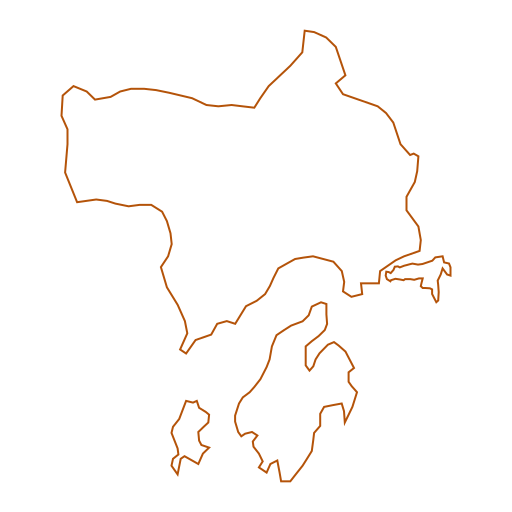 the district of Langkawi, Kedah, Malaysia
{"feature_id": "92858781B39946702986092", "entity_name": "Langkawi", "entity_type": "district", "adm_level": 2, "iso_a3": "MYS", "parent_name": "Malaysia", "parent_adm1": "Kedah", "projection": "robinson", "projection_center": [99.815, 6.325], "detail": "fine", "context": "isolated", "style": "outline", "palette": "amber", "viewbox_px": 512, "rotation_deg": 0, "n_neighbors": 0, "source": "geoboundaries", "source_scale": "gbopen_adm2", "svg_char_len": 2930}
<svg xmlns="http://www.w3.org/2000/svg" viewBox="0 0 512 512"><path d="M377.7,106.3L343.0,94.2L335.8,83.4L345.4,75.3L335.8,46.9L326.2,37.5L314.2,32.1L304.7,30.7L302.3,52.3L290.3,65.8L268.7,86.1L260.3,98.2L254.3,107.7L242.4,106.3L231.6,105.0L218.4,106.3L206.4,105.0L192.1,98.2L169.3,92.8L156.1,90.1L144.2,88.8L131.0,88.8L120.2,91.5L110.6,96.9L95.0,99.6L86.7,91.5L73.5,86.1L62.7,95.5L61.5,115.8L67.5,129.3L67.5,144.2L65.1,172.5L77.1,202.2L96.2,199.5L107.0,200.9L115.4,203.6L128.6,206.3L139.4,204.9L151.3,204.9L162.1,211.7L166.9,221.1L170.5,233.3L171.7,244.1L168.1,256.3L160.9,267.1L166.9,287.3L177.7,304.9L184.9,321.1L187.3,333.3L180.1,349.5L186.1,353.5L195.6,340.0L211.2,334.6L217.2,323.8L226.8,321.1L235.2,323.8L246.0,306.2L256.7,300.8L265.1,294.1L269.9,286.0L273.5,277.9L278.3,268.4L287.9,263.0L295.1,259.0L303.5,257.6L313.0,256.3L333.4,261.7L341.8,271.1L344.2,281.9L343.0,291.4L351.4,296.8L362.2,294.1L361.0,283.3L378.9,283.3L380.1,271.1L395.7,260.3L404.1,256.3L419.6,250.9L420.8,240.1L418.4,226.5L406.5,210.3L406.5,196.8L414.8,182.0L417.2,171.2L418.4,156.3L413.7,153.6L410.1,155.0L400.5,144.2L393.3,122.6L386.1,113.1L377.7,106.3ZM305.7,365.4L305.7,355.9L305.7,346.4L311.8,341.2L318.7,336.0L324.8,330.0L327.1,323.9L326.4,314.4L326.4,304.0L321.0,302.3L311.8,306.6L308.7,315.3L302.6,321.3L291.1,325.6L284.2,330.0L276.5,335.2L271.9,346.4L269.6,359.4L266.6,367.1L260.4,379.2L254.3,387.0L249.7,392.2L242.8,397.4L239.0,403.5L235.1,415.6L235.1,421.6L238.2,432.0L241.3,436.3L245.1,433.7L252.0,432.0L257.4,435.5L252.8,441.5L253.5,446.7L258.9,453.6L262.7,461.4L258.9,467.4L266.6,472.6L270.4,464.0L277.3,460.5L279.6,472.6L281.1,481.3L290.3,481.3L295.7,474.4L302.6,465.7L306.4,459.7L311.8,451.0L313.3,439.8L314.1,432.9L320.2,425.9L320.2,413.8L324.1,406.9L332.5,405.2L341.7,403.5L344.0,411.2L344.8,422.5L347.8,416.4L352.4,406.9L357.0,392.2L351.7,386.2L348.6,381.8L348.6,372.3L354.0,368.0L345.5,351.6L338.6,345.5L334.0,342.1L327.9,344.7L319.5,353.3L315.6,359.4L313.3,366.3L309.5,370.6L305.7,365.4ZM196.8,400.9L193.0,402.6L186.1,400.9L179.2,419.0L173.0,426.8L171.5,432.9L177.6,448.4L178.4,454.5L173.0,458.8L171.5,465.7L177.6,474.4L180.7,458.8L184.5,456.2L190.7,459.7L198.3,464.0L202.9,453.6L209.1,447.6L201.4,445.0L199.1,440.6L198.3,432.0L203.7,426.8L208.3,422.5L209.1,414.7L206.0,412.1L199.1,407.8L196.8,400.9ZM449.0,263.5L444.1,262.4L442.6,256.3L435.3,257.4L432.3,260.7L422.5,264.0L418.0,264.6L412.4,263.6L409.5,264.3L407.0,265.0L404.2,265.7L399.8,267.4L397.9,266.4L394.8,266.7L393.5,269.9L390.7,273.1L388.8,272.1L386.3,271.7L385.7,275.6L386.9,279.1L390.4,281.3L391.0,280.2L395.4,278.8L400.1,279.5L403.6,280.2L405.1,279.1L410.2,279.1L414.2,279.8L419.0,278.4L422.7,278.4L421.5,283.0L420.8,286.2L422.7,288.0L425.2,288.0L429.9,288.3L432.1,289.4L432.1,294.0L436.3,302.2L438.2,300.5L438.7,292.2L438.2,285.0L437.7,280.6L440.7,274.5L442.6,268.4L447.1,274.5L450.5,275.6L450.5,267.3L449.0,263.5Z" fill="none" stroke="#b45309" stroke-width="2"/></svg>